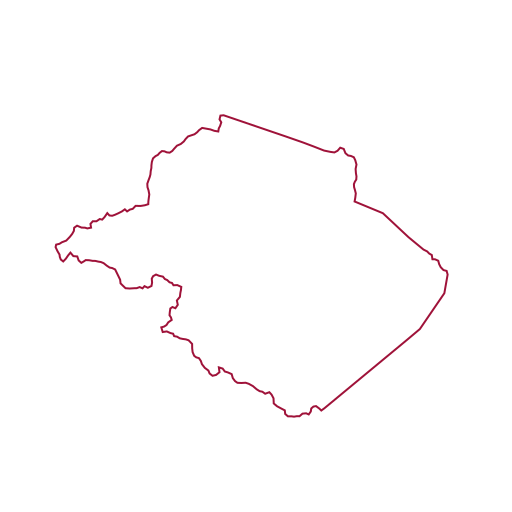 outline of Piritiba, Bahia, Brazil, rotated 204°
{"feature_id": "56859067B29838999059805", "entity_name": "Piritiba", "entity_type": "district", "adm_level": 2, "iso_a3": "BRA", "parent_name": "Brazil", "parent_adm1": "Bahia", "projection": "albers", "projection_center": [-40.538, -11.695], "detail": "fine", "context": "isolated", "style": "outline", "palette": "rose", "viewbox_px": 512, "rotation_deg": 204, "n_neighbors": 0, "source": "geoboundaries", "source_scale": "gbopen_adm2", "svg_char_len": 3177}
<svg xmlns="http://www.w3.org/2000/svg" viewBox="0 0 512 512"><g transform="rotate(204 256 256)"><path d="M155.9,124.7L153.5,126.3L151.1,127.3L149.4,130.9L146.2,132.7L143.4,132.7L142.7,136.2L143.5,139.2L142.3,141.8L140.1,143.3L136.2,142.4L133.5,141.4L131.6,144.7L83.8,241.1L76.6,255.9L68.8,298.6L73.4,317.0L75.8,319.9L79.0,319.4L82.7,320.9L85.4,323.1L87.6,325.8L91.1,325.8L93.5,324.8L95.8,328.4L98.8,328.7L101.5,329.8L105.6,330.0L124.3,335.2L157.5,346.7L188.1,345.9L189.0,349.6L190.3,353.8L192.5,356.6L194.4,358.8L195.8,361.5L195.9,364.1L195.5,366.6L196.6,369.6L198.4,372.3L200.4,376.0L201.4,380.4L204.3,383.9L206.8,386.0L210.0,386.0L212.7,385.3L216.1,386.3L219.4,389.5L223.1,389.2L224.3,385.3L226.5,382.5L230.3,381.4L236.7,380.0L247.9,379.5L258.1,378.9L260.8,378.7L277.5,377.3L342.8,371.4L345.6,369.8L344.9,366.0L342.1,364.0L341.7,360.2L341.9,357.4L341.1,354.4L345.0,353.4L349.1,353.1L353.2,352.1L357.3,351.1L359.2,347.8L360.1,345.1L361.7,342.2L364.0,340.1L366.7,337.6L367.9,334.2L368.5,331.3L370.3,327.7L373.1,324.6L374.5,320.4L375.2,317.9L376.9,315.3L379.7,314.4L382.2,314.4L384.6,313.6L386.0,311.0L386.8,308.4L388.4,306.4L389.8,303.3L389.4,299.6L388.4,296.3L387.4,293.9L386.7,290.7L385.6,287.5L385.2,284.9L385.0,281.5L384.7,277.8L383.1,274.7L380.9,272.3L378.5,268.8L377.5,265.3L376.6,262.3L375.5,259.5L378.1,257.2L381.6,254.9L386.4,252.8L387.8,248.9L390.0,247.2L391.9,244.3L394.8,245.3L396.6,242.2L399.2,239.0L401.7,236.2L403.7,234.3L406.4,233.4L409.3,234.7L410.2,229.9L411.3,226.7L413.8,226.2L415.9,222.8L419.2,221.4L420.3,218.0L418.2,214.8L421.3,212.6L423.8,212.3L426.9,211.0L431.8,210.9L433.6,207.9L432.6,204.8L432.9,201.5L433.8,197.9L435.6,192.9L438.9,189.6L440.5,187.2L443.2,185.1L442.7,182.6L439.2,179.6L436.1,177.4L434.8,175.3L432.9,173.4L429.9,172.6L428.6,176.2L427.9,180.0L426.9,183.6L422.8,181.6L419.1,182.9L416.2,179.8L412.8,178.7L411.2,180.9L409.9,183.0L406.6,184.3L403.3,185.1L400.7,186.2L397.9,186.7L395.3,187.4L392.3,187.5L388.5,186.5L385.0,185.9L382.5,186.5L379.2,186.4L376.8,184.4L373.7,181.8L370.5,179.1L368.6,175.9L365.7,174.8L362.1,173.5L358.2,174.9L354.2,177.0L351.9,178.1L349.6,180.3L346.5,180.3L345.6,183.1L341.9,183.0L339.3,186.1L340.1,189.4L342.0,192.9L341.8,195.7L339.8,198.4L336.5,198.5L332.6,199.3L329.9,197.9L327.3,197.9L324.3,196.8L321.8,197.2L319.5,195.7L316.1,197.4L311.7,197.4L310.7,194.3L310.1,191.5L308.9,187.7L310.2,183.2L307.6,179.6L308.4,175.5L311.6,175.4L312.9,173.2L311.9,169.6L310.9,166.7L308.7,165.3L307.0,163.3L309.2,159.7L309.7,156.5L311.3,154.1L313.5,152.3L310.3,148.6L306.8,150.8L302.7,150.8L300.1,151.3L298.2,149.5L295.3,150.2L292.2,149.8L289.3,150.4L286.2,151.3L283.3,151.6L278.6,149.7L276.7,145.6L274.8,142.4L271.9,139.7L269.4,139.1L266.6,139.5L263.7,137.7L261.4,135.2L257.3,133.0L252.9,132.0L250.6,129.8L247.0,128.9L244.1,131.1L242.1,135.0L244.6,139.1L240.7,139.6L237.5,137.8L234.4,138.2L230.2,138.2L227.5,135.0L224.3,133.2L221.4,132.6L217.8,134.0L213.9,136.0L210.6,136.3L205.9,135.9L201.2,134.5L197.7,134.0L195.0,134.6L191.6,133.9L188.4,137.0L185.4,135.7L182.1,133.1L179.8,128.5L175.7,127.3L170.4,126.9L166.9,126.7L165.1,123.6L161.6,122.5L158.6,123.9L155.9,124.7Z" fill="none" stroke="#9f1239" stroke-width="2"/></g></svg>